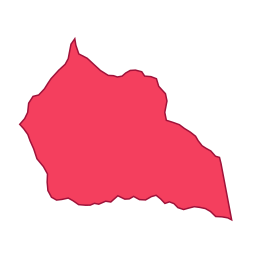 Paripueira, Alagoas, Brazil, rotated 183°
{"feature_id": "56859067B67835953872342", "entity_name": "Paripueira", "entity_type": "district", "adm_level": 2, "iso_a3": "BRA", "parent_name": "Brazil", "parent_adm1": "Alagoas", "projection": "equal_earth", "projection_center": [-35.596, -9.443], "detail": "fine", "context": "isolated", "style": "filled", "palette": "rose", "viewbox_px": 256, "rotation_deg": 183, "n_neighbors": 0, "source": "geoboundaries", "source_scale": "gbopen_adm2", "svg_char_len": 1223}
<svg xmlns="http://www.w3.org/2000/svg" viewBox="0 0 256 256"><g transform="rotate(183 128 128)"><path d="M19.7,41.7L33.3,97.5L35.1,103.4L39.2,104.4L44.1,109.4L49.2,111.9L53.2,114.2L57.4,119.1L60.1,123.3L65.5,127.1L71.7,130.5L76.9,134.0L83.2,135.9L90.1,137.7L92.1,145.5L90.5,157.0L92.4,164.2L99.5,171.2L102.2,178.7L107.8,180.5L114.1,180.7L117.2,184.9L123.6,186.2L128.8,185.6L133.2,182.8L136.6,179.5L141.3,178.4L145.3,179.5L150.5,179.5L158.6,184.0L165.7,189.9L172.4,195.5L181.0,199.4L184.4,207.9L185.8,214.3L189.3,208.7L190.3,201.5L191.3,194.1L194.1,188.3L200.1,182.2L204.0,177.4L207.4,173.3L210.1,168.8L213.5,162.7L218.9,156.3L224.5,154.6L228.5,147.6L229.0,138.3L231.7,131.9L236.3,126.0L232.1,121.8L227.7,116.3L225.1,110.1L221.1,102.3L217.3,92.5L210.4,85.0L206.0,77.9L205.9,69.7L204.7,61.3L200.8,54.9L195.6,52.3L190.3,53.2L184.0,54.9L179.1,52.5L173.3,48.9L166.6,48.7L161.7,49.0L157.6,51.0L153.2,50.4L146.5,53.7L141.3,53.2L134.6,59.8L127.5,56.8L123.0,57.3L118.8,60.0L112.8,57.1L106.7,57.1L101.1,60.7L96.4,62.3L91.7,58.9L87.2,54.6L82.8,56.4L78.1,54.9L74.0,51.1L68.2,49.5L63.5,51.1L57.7,52.9L52.4,52.5L46.5,51.6L41.3,49.0L35.8,44.2L29.5,44.2L23.7,43.5L19.7,41.7Z" fill="#f43f5e" stroke="#9f1239" stroke-width="1.5"/></g></svg>